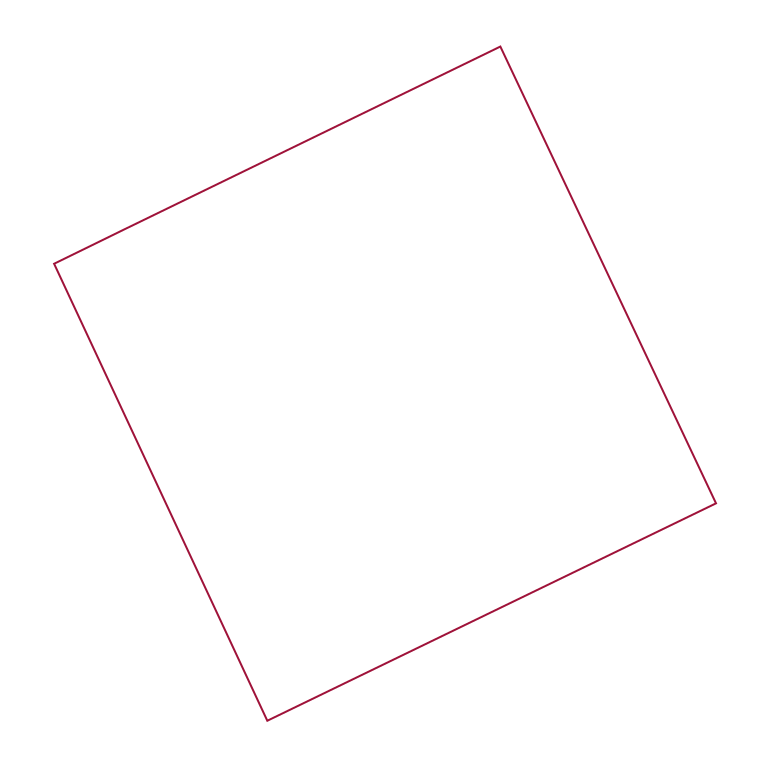 Howard, Texas, United States of America (Robinson projection), rotated 154°
{"feature_id": "52423323B44641171264537", "entity_name": "Howard", "entity_type": "district", "adm_level": 2, "iso_a3": "USA", "parent_name": "United States of America", "parent_adm1": "Texas", "projection": "robinson", "projection_center": [-101.45, 32.306], "detail": "fine", "context": "isolated", "style": "outline", "palette": "rose", "viewbox_px": 768, "rotation_deg": 154, "n_neighbors": 0, "source": "geoboundaries", "source_scale": "gbopen_adm2", "svg_char_len": 238}
<svg xmlns="http://www.w3.org/2000/svg" viewBox="0 0 768 768"><g transform="rotate(154 384 384)"><path d="M131.5,636.3L549.9,636.8L627.8,636.7L636.5,132.5L137.9,131.2L131.5,636.3Z" fill="none" stroke="#9f1239" stroke-width="2"/></g></svg>